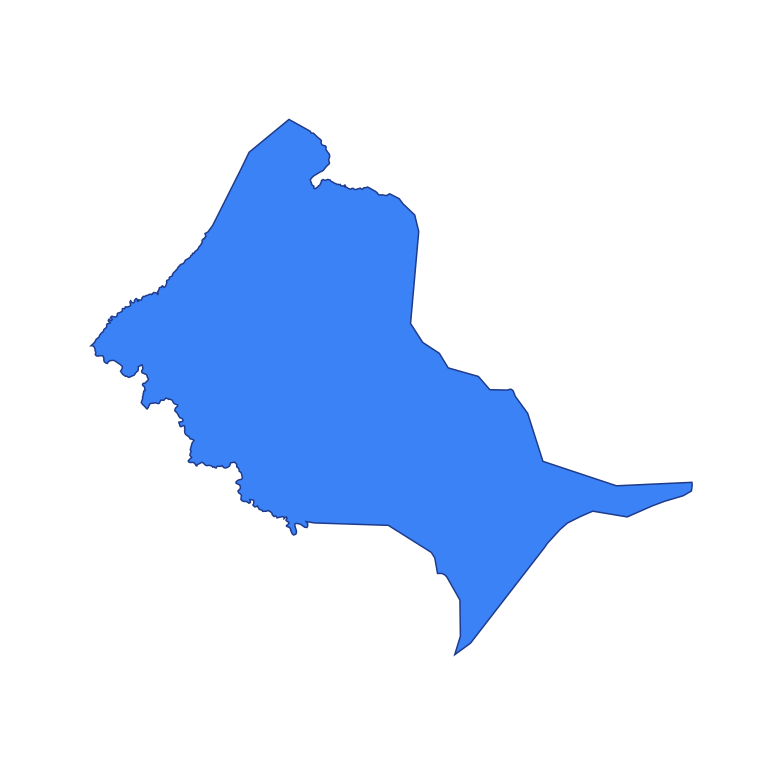 the district of Santo Domingo Teojomulco, Oaxaca, Mexico, rotated 76°
{"feature_id": "50627088B59545948667836", "entity_name": "Santo Domingo Teojomulco", "entity_type": "district", "adm_level": 2, "iso_a3": "MEX", "parent_name": "Mexico", "parent_adm1": "Oaxaca", "projection": "mercator", "projection_center": [-97.3, 16.59], "detail": "fine", "context": "isolated", "style": "filled", "palette": "blue", "viewbox_px": 768, "rotation_deg": 76, "n_neighbors": 0, "source": "geoboundaries", "source_scale": "gbopen_adm2", "svg_char_len": 6170}
<svg xmlns="http://www.w3.org/2000/svg" viewBox="0 0 768 768"><g transform="rotate(76 384 384)"><path d="M276.0,659.0L276.3,657.6L277.7,656.3L280.2,656.0L281.9,656.2L283.5,655.9L285.5,657.0L287.1,656.3L287.7,654.8L287.9,652.4L288.6,650.2L289.2,649.8L291.5,649.6L292.9,650.1L294.8,650.0L296.2,649.0L297.1,647.6L296.6,646.8L295.9,646.4L295.1,644.3L295.5,641.0L296.2,639.8L301.2,635.3L303.6,633.7L304.4,633.8L305.9,634.5L307.9,636.6L311.4,635.2L314.0,633.0L314.2,631.6L315.1,630.9L315.9,629.9L314.9,624.1L313.6,622.8L312.4,621.2L311.9,619.8L310.8,619.0L307.8,618.3L306.9,614.4L307.1,614.0L310.8,614.2L312.8,616.1L314.5,616.1L317.2,612.5L318.0,612.0L320.3,611.9L322.0,611.4L323.0,611.9L325.4,615.8L325.1,617.1L325.4,617.9L325.9,618.4L327.0,618.5L328.8,617.1L332.6,617.4L332.4,618.3L333.1,619.0L335.1,619.7L335.5,620.2L336.9,620.5L338.2,621.5L339.5,621.6L343.2,624.0L345.5,623.2L348.4,621.2L349.0,621.2L350.9,619.9L349.6,618.2L348.5,617.6L346.9,616.2L346.4,614.8L346.9,611.8L346.8,610.6L348.5,607.6L348.3,606.8L345.7,604.4L346.4,602.0L346.4,601.3L345.0,599.3L345.2,598.3L346.8,596.7L346.5,595.9L347.4,595.0L348.2,593.6L351.0,592.9L352.4,592.2L354.2,589.6L354.9,589.4L355.4,589.6L356.0,590.3L356.9,592.1L358.9,593.4L359.7,593.3L362.0,591.8L366.5,590.6L367.6,590.0L368.3,588.7L369.3,588.0L370.2,587.7L371.0,587.9L371.6,588.7L371.4,592.3L372.5,592.4L373.4,592.1L375.3,592.2L376.0,591.8L376.3,591.2L375.9,588.6L376.2,587.9L377.1,587.7L378.7,588.2L379.7,587.9L380.8,588.7L382.2,589.0L383.8,589.0L385.1,588.6L388.4,585.8L390.3,585.4L391.3,583.2L392.7,582.0L395.0,584.6L401.0,587.9L401.9,587.8L402.7,587.3L405.0,589.1L406.3,589.6L408.6,588.4L411.1,592.5L412.2,592.5L413.2,591.4L413.8,588.5L414.5,587.4L415.9,586.6L417.8,586.1L418.2,585.5L417.2,585.0L415.9,579.6L416.5,578.8L419.5,576.9L420.4,575.6L420.5,573.7L421.2,572.1L422.1,570.8L423.3,570.3L423.1,568.8L424.1,568.5L424.9,567.2L423.4,565.7L424.5,562.1L423.9,560.9L426.2,559.8L427.0,558.7L427.2,557.5L427.0,555.8L426.2,553.7L425.3,553.0L423.4,551.9L423.7,547.9L426.3,546.4L428.8,546.9L431.0,545.3L433.7,545.6L434.5,544.7L435.4,544.2L437.2,543.9L438.6,544.1L440.5,544.0L441.4,544.6L442.0,545.6L441.9,547.9L442.3,549.7L443.4,551.4L444.5,551.5L445.6,550.3L446.3,549.2L447.0,548.6L448.2,548.2L450.5,548.5L452.5,551.6L454.5,551.3L456.3,549.7L457.6,549.3L461.5,550.8L462.8,550.0L463.6,549.2L464.3,547.9L464.3,546.7L465.9,544.7L466.9,544.1L466.9,543.0L466.6,542.2L463.7,542.2L464.9,539.1L466.2,538.6L468.2,539.2L469.7,540.5L472.0,539.2L472.1,537.8L471.7,536.4L475.5,535.3L476.9,532.9L478.2,532.6L479.0,528.9L478.7,527.1L480.9,524.7L482.6,523.9L483.7,524.1L486.0,522.8L485.8,521.2L486.2,520.7L488.0,520.2L488.1,516.0L487.9,515.0L488.9,513.3L490.5,513.6L489.4,511.7L489.4,510.9L490.9,510.5L492.3,512.1L493.7,511.4L495.4,509.7L496.0,509.8L496.9,510.8L497.7,512.8L498.5,513.0L499.8,511.1L501.1,510.0L502.1,509.8L503.6,510.0L507.3,509.2L508.6,508.3L508.5,506.4L507.9,505.4L505.6,504.5L500.0,504.8L498.7,504.5L498.0,503.8L498.1,502.5L499.8,499.0L503.8,495.6L504.6,493.4L502.9,492.2L501.1,491.9L498.7,492.8L502.0,485.0L522.2,414.0L558.9,378.8L565.1,376.8L580.8,377.9L581.8,373.9L582.6,372.6L584.3,370.9L586.5,369.7L612.0,362.6L647.2,370.9L663.7,380.8L656.4,362.8L581.4,267.7L578.2,264.1L567.9,248.6L563.3,239.7L560.1,225.5L557.9,212.2L571.8,180.2L567.2,153.4L565.7,140.5L564.8,120.6L562.2,111.6L556.9,109.5L553.9,109.0L539.0,183.1L497.5,248.5L447.2,251.7L427.7,259.6L422.0,260.3L420.6,261.2L419.8,262.1L419.6,263.4L419.7,265.9L415.1,282.7L399.5,290.6L383.9,317.8L367.6,322.9L353.0,336.4L331.7,343.6L244.4,313.4L227.4,313.3L213.9,321.9L207.9,324.4L200.8,332.5L201.8,336.2L200.1,339.7L199.7,341.8L199.1,343.4L196.8,344.4L195.2,345.5L188.9,352.2L189.1,354.0L188.7,356.0L189.9,358.1L188.2,359.7L188.5,364.4L188.0,365.6L186.6,366.7L186.5,368.3L186.9,369.0L186.8,369.6L185.4,371.5L183.5,373.3L183.2,374.4L182.9,374.4L182.5,373.6L182.1,373.5L181.5,373.8L182.1,375.7L181.1,378.0L179.9,378.1L179.8,378.9L179.2,379.9L179.2,381.1L178.3,381.8L176.6,384.2L175.8,384.7L174.5,386.4L172.9,387.0L171.9,389.2L172.2,392.0L170.8,393.7L171.5,395.5L172.3,395.6L175.5,398.2L175.9,399.6L176.9,400.8L177.8,403.6L177.0,404.7L175.0,404.2L173.6,405.6L168.1,406.2L166.2,403.9L165.0,401.6L162.8,394.5L162.4,392.2L161.8,390.9L158.8,387.1L157.2,384.0L156.8,383.6L155.6,383.4L153.1,383.5L150.3,381.7L148.0,381.4L144.8,382.8L142.1,383.6L140.0,382.8L138.8,383.3L137.1,386.3L134.9,386.8L132.6,385.9L130.5,387.1L129.3,388.3L123.7,391.7L122.8,394.0L121.0,394.4L104.3,412.2L126.5,458.8L141.0,470.9L188.6,511.8L194.0,518.3L194.7,521.3L197.7,521.1L198.5,522.4L199.2,522.7L199.7,523.3L199.3,523.8L200.3,525.5L201.1,526.0L202.1,525.8L202.9,526.3L203.4,527.0L204.9,528.3L206.0,530.1L208.3,532.2L210.0,535.7L211.2,536.6L210.9,538.1L212.4,539.0L212.6,540.2L214.1,541.4L215.1,544.1L215.7,546.6L218.5,549.3L218.9,552.4L219.3,553.2L219.8,553.5L220.3,554.7L221.2,555.9L222.4,556.8L225.4,561.7L226.5,562.7L227.7,563.2L228.1,563.9L228.3,565.8L228.8,566.6L229.8,566.7L230.6,567.5L231.0,569.6L232.2,570.3L233.2,570.2L234.6,571.1L236.2,572.3L236.8,573.1L237.0,574.1L235.3,575.0L235.1,575.4L236.3,576.5L236.1,577.8L236.3,578.4L236.7,579.0L237.4,579.1L238.5,579.9L239.7,581.3L241.5,581.3L242.3,581.8L240.4,583.1L239.5,585.1L239.9,586.2L240.9,587.3L241.0,587.9L240.6,588.1L240.2,589.7L240.7,591.5L240.7,593.5L241.1,594.4L240.8,596.6L241.6,597.3L241.7,597.9L242.2,598.0L243.7,599.0L243.8,599.4L243.0,601.5L243.2,601.8L244.1,601.9L244.4,602.5L244.3,603.1L243.7,603.2L242.8,602.7L242.1,602.9L241.1,603.8L241.6,604.8L242.9,606.1L243.6,606.0L244.4,606.7L244.6,607.4L244.2,608.8L241.9,609.7L242.5,610.4L243.7,610.8L245.8,610.7L246.4,611.0L247.1,612.1L247.2,614.4L246.6,616.0L246.8,616.5L248.1,617.3L248.1,617.8L247.6,619.0L247.7,619.6L250.2,620.7L250.9,623.8L250.8,624.7L251.0,625.6L253.1,626.4L254.0,627.7L254.0,628.3L253.3,630.4L252.7,630.9L252.4,631.7L253.1,633.1L253.5,633.3L255.5,632.0L256.4,632.9L256.5,633.5L255.9,634.2L254.9,634.5L254.6,635.1L255.6,636.2L256.2,636.2L258.0,635.0L258.5,634.9L258.7,638.1L259.0,638.5L262.0,639.6L263.1,642.2L263.7,642.9L265.3,643.7L266.0,645.7L267.8,648.0L269.5,649.2L271.1,652.6L273.5,654.6L276.0,659.0Z" fill="#3b82f6" stroke="#1e3a8a" stroke-width="1.5"/></g></svg>